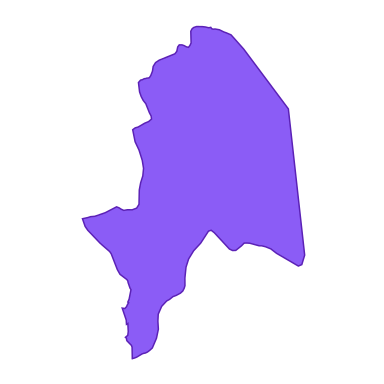 the Governorate of Shabwah, rotated 88°
{"feature_id": "YEM-336", "entity_name": "Shabwah", "entity_type": "Governorate", "adm_level": 1, "iso_a3": "YEM", "parent_name": "Yemen", "parent_adm1": "", "projection": "albers", "projection_center": [47.196, 14.654], "detail": "fine", "context": "isolated", "style": "filled", "palette": "violet", "viewbox_px": 384, "rotation_deg": 88, "n_neighbors": 0, "source": "natural_earth", "source_scale": "10m", "svg_char_len": 1959}
<svg xmlns="http://www.w3.org/2000/svg" viewBox="0 0 384 384"><g transform="rotate(88 192 192)"><path d="M357.2,257.5L345.0,257.3L343.2,257.9L338.6,262.1L337.6,262.5L336.7,262.5L335.8,262.7L334.9,263.6L333.0,261.2L329.3,260.6L321.2,260.7L321.5,261.1L322.0,262.1L317.7,262.2L305.6,265.8L306.1,263.2L304.4,261.5L302.0,260.3L300.5,259.2L299.8,260.0L296.9,258.6L287.5,256.4L285.9,257.3L280.4,259.0L278.5,259.3L277.1,260.3L271.8,266.8L267.0,269.3L250.9,274.9L248.6,276.4L240.1,285.5L226.6,297.5L222.7,300.0L214.9,302.4L213.9,296.9L213.1,294.2L212.9,290.0L209.7,279.5L204.2,267.9L205.3,265.4L206.7,263.4L208.0,260.8L207.5,257.2L207.7,252.4L206.2,247.9L202.5,245.4L188.1,244.6L181.0,243.0L174.2,240.6L166.7,239.6L158.7,240.6L148.2,243.5L139.8,247.1L127.7,249.1L125.9,246.5L125.2,243.6L121.6,236.9L120.1,232.9L117.7,229.9L114.6,230.2L111.3,231.8L102.1,235.1L98.9,237.5L95.0,239.4L90.2,240.9L80.7,241.7L78.4,239.5L78.0,237.6L77.1,235.8L77.0,234.4L76.6,233.1L76.6,231.9L76.3,230.7L74.3,229.2L69.9,227.3L65.1,226.4L61.4,223.9L59.1,220.2L53.3,204.3L50.9,202.3L46.5,201.2L44.5,199.6L44.6,196.9L45.4,194.8L46.7,192.6L47.3,190.5L45.4,188.9L43.0,187.7L31.3,187.6L29.0,186.3L27.7,184.7L26.8,181.7L27.1,175.8L27.6,172.6L28.4,169.8L28.3,168.4L28.1,167.5L29.5,166.6L30.0,165.2L29.9,163.3L30.8,159.0L33.2,154.5L34.1,152.2L36.3,147.5L50.9,135.4L112.3,92.8L259.0,81.6L268.4,84.8L269.7,88.3L256.2,109.7L251.6,115.2L249.3,120.4L248.2,124.2L248.1,126.8L245.2,136.1L244.9,139.0L244.9,141.7L247.5,144.4L251.9,150.3L251.9,153.5L250.3,156.6L233.4,171.2L230.9,174.2L231.7,176.9L243.4,185.1L250.8,192.4L258.8,197.7L266.9,200.6L277.7,202.1L285.4,202.3L288.0,203.2L290.7,204.7L292.7,207.1L294.8,211.4L295.9,214.7L298.5,218.1L300.0,221.1L305.2,226.3L312.9,230.0L319.9,230.6L327.9,230.4L336.9,232.6L346.5,237.1L348.8,239.8L350.4,242.1L351.3,244.2L351.6,246.1L352.2,247.8L355.1,253.0L355.9,255.2L356.2,256.6L356.3,257.5L357.2,257.5Z" fill="#8b5cf6" stroke="#5b21b6" stroke-width="1.5"/></g></svg>